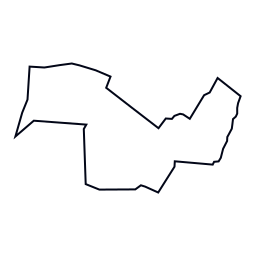 Shaykhantokhur, Tashkent, Uzbekistan (orthographic projection)
{"feature_id": "79887680B36749064688690", "entity_name": "Shaykhantokhur", "entity_type": "district", "adm_level": 2, "iso_a3": "UZB", "parent_name": "Uzbekistan", "parent_adm1": "Tashkent", "projection": "orthographic", "projection_center": [69.2, 41.291], "detail": "fine", "context": "isolated", "style": "outline", "palette": "ink", "viewbox_px": 256, "rotation_deg": 0, "n_neighbors": 0, "source": "geoboundaries", "source_scale": "gbopen_adm2", "svg_char_len": 711}
<svg xmlns="http://www.w3.org/2000/svg" viewBox="0 0 256 256"><path d="M22.2,112.7L15.4,136.5L33.8,120.7L86.3,124.6L83.8,129.0L85.7,184.1L99.4,189.6L135.3,189.4L140.9,185.3L145.1,186.6L158.2,192.5L174.5,166.7L174.8,161.3L212.7,164.6L214.1,161.8L218.6,161.4L220.8,157.8L223.1,148.8L227.1,141.0L227.3,137.0L228.7,134.5L231.8,128.7L232.4,124.2L233.0,119.1L235.8,116.6L237.2,113.6L237.2,107.9L238.1,103.1L239.2,100.1L240.6,96.2L217.6,78.0L209.7,92.5L204.1,95.2L189.8,118.8L183.1,114.4L180.0,113.8L174.4,115.9L171.9,118.9L165.8,118.5L158.5,128.2L130.7,106.8L106.2,87.8L110.5,76.6L95.7,70.3L79.6,65.4L71.8,63.5L59.8,65.1L44.4,67.5L29.6,66.6L27.5,99.6L22.2,112.7Z" fill="none" stroke="#020617" stroke-width="2"/></svg>